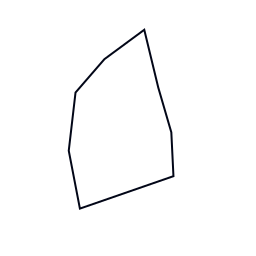 an SVG outline of Valletta, rotated 299°
{"feature_id": "MLT-5949", "entity_name": "Valletta", "entity_type": "state/province", "adm_level": 1, "iso_a3": "MLT", "parent_name": "Malta", "parent_adm1": "", "projection": "equal_earth", "projection_center": [14.514, 35.895], "detail": "fine", "context": "isolated", "style": "outline", "palette": "ink", "viewbox_px": 256, "rotation_deg": 299, "n_neighbors": 0, "source": "natural_earth", "source_scale": "10m", "svg_char_len": 267}
<svg xmlns="http://www.w3.org/2000/svg" viewBox="0 0 256 256"><g transform="rotate(299 128 128)"><path d="M133.6,64.9L176.8,74.0L221.8,94.6L178.1,134.8L145.2,168.0L107.9,191.1L34.2,125.0L79.4,87.2L133.6,64.9Z" fill="none" stroke="#020617" stroke-width="2"/></g></svg>